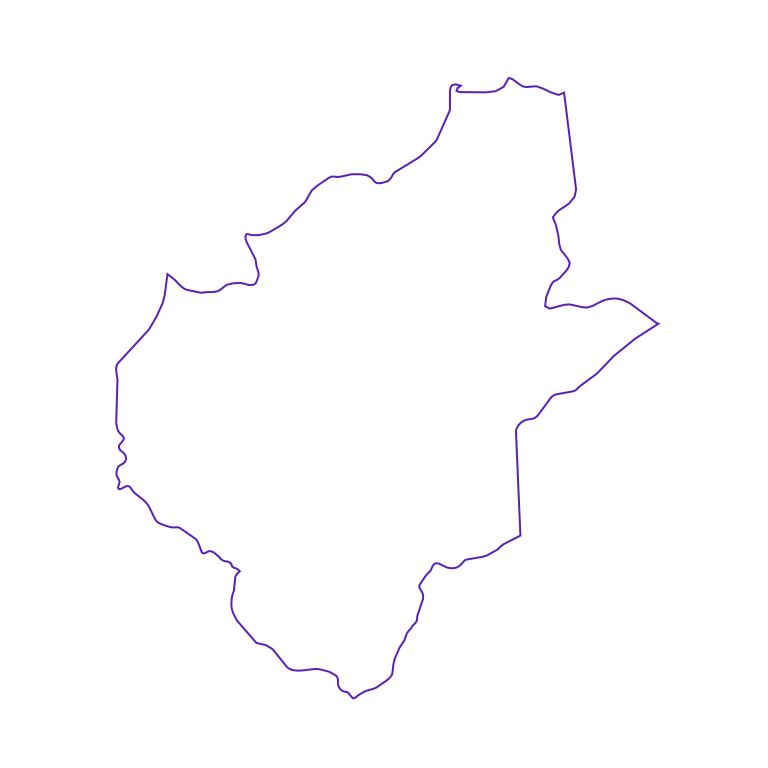 outline of Ngounié, rotated 275°
{"feature_id": "GAB-2622", "entity_name": "Ngounié", "entity_type": "Province", "adm_level": 1, "iso_a3": "GAB", "parent_name": "Gabon", "parent_adm1": "", "projection": "orthographic", "projection_center": [11.097, -1.69], "detail": "fine", "context": "isolated", "style": "outline", "palette": "violet", "viewbox_px": 768, "rotation_deg": 275, "n_neighbors": 0, "source": "natural_earth", "source_scale": "10m", "svg_char_len": 3925}
<svg xmlns="http://www.w3.org/2000/svg" viewBox="0 0 768 768"><g transform="rotate(275 384 384)"><path d="M687.8,434.4L685.0,431.4L682.3,430.7L681.4,434.0L683.4,459.9L685.4,469.6L690.4,477.3L699.8,481.6L698.7,485.8L694.4,492.6L692.6,496.2L692.2,499.8L693.9,509.7L692.2,516.6L689.0,524.9L687.2,532.7L690.0,538.0L594.6,558.4L587.1,557.5L579.8,552.5L571.6,542.4L567.3,539.2L564.8,537.7L557.3,541.4L547.2,544.7L538.5,546.4L533.1,548.5L525.0,556.0L521.0,558.4L517.0,558.0L512.7,555.7L504.5,549.4L502.7,547.2L501.7,545.2L500.2,543.3L496.9,541.7L484.8,538.0L475.9,537.7L475.4,537.8L473.5,542.5L478.6,556.6L479.5,561.9L477.8,575.2L477.8,579.4L479.7,584.5L485.8,594.2L488.0,599.6L489.3,605.7L489.3,610.7L488.2,615.7L486.0,621.8L468.4,650.4L468.0,652.1L467.9,652.0L451.1,630.3L431.9,610.5L412.9,595.2L399.0,579.4L394.4,575.4L393.3,573.2L388.7,556.5L387.6,554.2L385.6,551.9L365.8,539.8L363.8,537.8L362.5,535.6L361.9,533.3L361.3,530.8L360.6,528.5L359.3,526.1L357.5,523.8L355.1,521.9L352.4,520.5L348.9,519.5L244.9,533.1L235.2,517.6L231.7,513.6L230.6,513.0L229.6,512.1L228.7,511.1L222.2,501.6L220.7,498.1L216.3,481.6L215.8,480.4L214.9,479.4L210.5,476.2L208.4,473.9L207.1,471.3L206.4,467.9L206.4,465.2L206.7,462.6L209.7,454.8L210.1,452.3L209.3,449.9L206.8,448.3L202.0,446.6L197.0,442.5L186.9,436.9L184.6,436.9L182.4,438.2L180.2,439.9L177.9,441.1L175.4,441.6L172.8,441.5L155.9,437.4L151.1,437.4L148.6,436.1L145.9,433.7L143.4,432.4L137.9,428.6L130.3,426.6L122.6,422.4L110.6,418.5L105.7,417.8L97.7,417.6L95.6,417.4L93.4,416.4L91.1,414.7L89.0,412.6L80.9,402.8L79.6,400.4L76.7,392.9L75.3,390.5L72.0,385.9L68.6,382.3L68.2,380.3L70.5,377.9L72.5,376.2L73.9,374.1L74.1,371.8L74.6,369.2L77.0,366.3L79.3,364.8L81.7,364.2L84.0,364.1L86.2,363.7L88.4,362.7L90.4,359.5L92.5,354.6L93.9,347.0L94.3,342.8L94.0,339.4L91.4,327.0L90.9,322.3L91.0,317.7L91.9,315.0L93.3,312.3L110.2,296.1L113.6,289.1L114.9,279.5L135.5,258.2L142.7,253.6L145.9,252.3L149.6,251.3L155.6,250.9L159.4,251.2L165.1,252.5L179.3,252.7L182.0,254.2L184.8,256.7L186.5,254.8L187.4,252.7L187.9,250.4L189.0,248.6L191.6,247.5L192.9,245.6L193.5,243.5L193.6,241.2L194.1,238.9L195.4,236.7L197.4,234.7L200.7,230.2L201.9,227.8L202.4,225.4L201.8,223.2L200.5,221.4L199.5,219.6L199.6,218.5L199.9,217.7L201.1,216.8L209.9,212.6L211.9,211.3L213.1,210.1L222.7,193.4L223.3,191.1L222.7,186.4L222.8,184.1L223.6,179.4L225.8,171.8L227.3,169.6L229.6,167.6L241.8,160.3L244.5,157.9L246.8,155.4L253.7,145.0L255.7,142.9L257.7,141.3L259.4,139.8L260.1,137.8L259.4,135.5L256.5,130.9L256.2,129.1L257.6,128.0L263.3,129.2L265.9,128.1L267.7,126.6L270.1,125.5L272.8,125.2L276.2,125.7L278.8,126.7L280.8,129.1L282.1,131.3L284.3,133.0L286.9,133.6L290.0,132.7L292.3,131.0L295.3,126.8L297.4,125.5L299.9,125.5L305.0,129.0L307.2,129.7L309.2,128.5L312.4,124.5L314.6,123.0L317.1,121.9L321.9,120.6L365.0,118.1L374.8,115.9L377.6,115.9L380.8,116.6L417.8,145.1L431.7,151.7L445.9,156.6L453.7,157.8L474.6,158.7L470.0,165.9L463.6,173.3L461.7,176.4L460.6,179.3L459.0,193.1L459.2,195.5L460.1,199.5L460.7,205.4L461.2,208.0L462.1,210.4L463.5,212.6L468.2,217.6L468.8,218.4L469.5,219.7L471.0,224.4L471.6,227.6L472.1,232.4L471.7,236.4L470.8,240.9L471.4,245.1L473.1,247.3L475.4,248.2L480.2,249.5L482.7,249.6L485.1,248.9L489.9,246.8L497.0,245.1L513.6,234.7L516.0,233.7L518.4,233.1L520.7,233.5L521.4,234.2L521.5,235.4L521.0,237.5L520.9,241.4L521.5,246.5L523.7,253.8L525.1,256.4L533.6,268.2L537.4,272.3L549.1,280.6L557.8,289.0L559.8,290.3L569.0,294.4L571.1,295.7L576.0,300.6L584.6,311.1L586.0,313.7L586.2,315.1L586.2,319.7L586.7,322.5L590.2,333.8L590.9,342.7L590.5,348.5L589.9,350.5L589.6,351.0L588.4,353.1L587.0,354.9L585.3,356.5L584.5,357.5L583.9,358.5L583.5,359.8L583.6,362.1L584.3,364.9L586.5,370.3L589.0,372.4L591.5,373.8L593.8,374.7L596.0,376.4L612.0,398.1L615.1,401.5L630.0,414.1L632.3,415.4L661.9,425.6L664.3,425.7L681.2,424.2L683.7,424.3L685.9,424.9L687.5,425.7L688.8,429.3L687.8,434.4Z" fill="none" stroke="#5b21b6" stroke-width="2"/></g></svg>